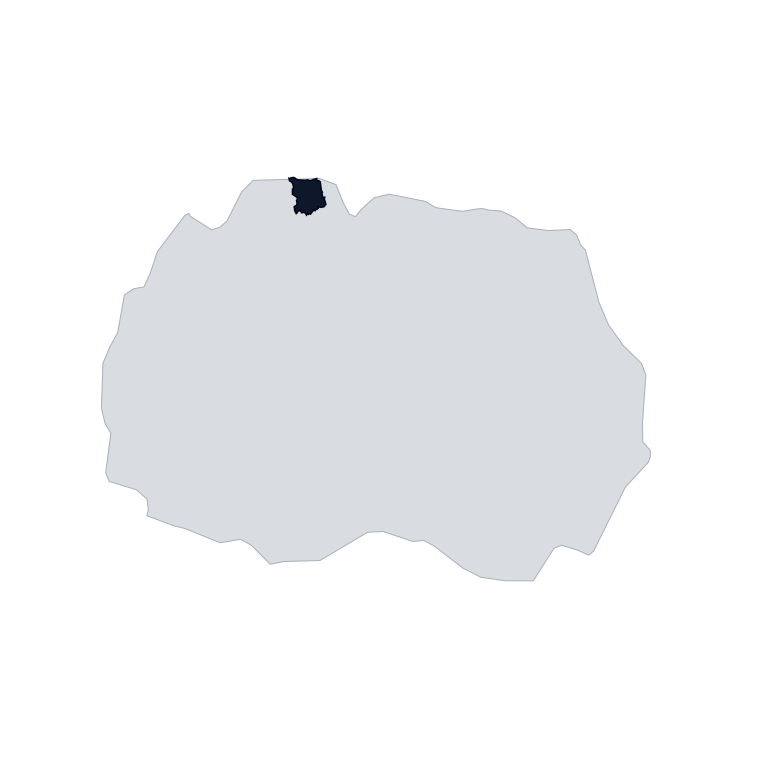 Teartse, Tearce, North Macedonia (highlighted), rotated 24°
{"feature_id": "65306769B20870628535314", "entity_name": "Teartse", "entity_type": "district", "adm_level": 2, "iso_a3": "MKD", "parent_name": "North Macedonia", "parent_adm1": "Tearce", "projection": "albers", "projection_center": [21.037, 42.097], "detail": "fine", "context": "in_parent", "style": "filled", "palette": "ink", "viewbox_px": 768, "rotation_deg": 24, "n_neighbors": 0, "source": "geoboundaries", "source_scale": "gbopen_adm2", "svg_char_len": 2188}
<svg xmlns="http://www.w3.org/2000/svg" viewBox="0 0 768 768"><g transform="rotate(24 384 384)"><path d="M348.1,200.4L359.9,201.8L385.5,194.3L401.4,184.0L409.5,182.4L420.3,178.4L435.8,178.8L451.6,183.1L471.6,177.0L491.2,167.2L499.1,169.5L507.7,177.4L513.4,179.6L546.8,221.6L565.0,238.6L586.4,251.3L610.8,260.4L619.6,269.4L636.0,314.4L643.8,331.4L654.2,336.3L656.8,341.2L657.4,347.7L646.5,379.9L643.4,451.4L640.6,457.1L628.4,457.1L612.3,458.9L606.2,464.6L600.4,503.1L574.5,514.6L550.9,521.2L530.9,520.1L495.6,511.6L484.1,510.7L474.3,516.1L443.0,519.2L429.3,526.1L397.3,571.3L364.5,587.0L353.4,595.0L328.2,585.2L316.2,584.2L298.8,595.7L260.7,597.0L250.4,599.0L221.0,600.8L219.8,594.6L214.3,585.5L200.6,581.3L172.6,584.8L165.8,578.2L154.5,540.0L145.5,533.8L135.6,520.9L118.8,479.4L118.5,461.2L119.8,445.4L110.6,408.2L116.5,398.8L125.2,393.0L125.4,378.0L123.1,355.2L133.6,310.7L136.4,307.4L139.0,309.6L163.8,313.3L170.2,307.6L174.3,298.8L175.8,266.2L181.7,251.1L241.6,222.5L259.1,221.4L272.6,234.6L283.3,243.0L289.8,242.7L292.0,234.2L299.2,217.9L311.5,208.5L347.7,200.3L348.1,200.4Z" fill="#d9dde1" stroke="#a8b0b8" stroke-width="1"/><path d="M257.5,245.0L257.3,244.4L257.9,243.6L254.4,239.4L253.8,237.4L251.8,238.8L251.4,237.2L249.5,234.6L249.8,233.9L248.0,232.5L243.5,225.2L241.7,224.8L240.0,225.6L239.0,223.6L238.4,224.2L237.7,224.7L236.9,225.4L236.0,226.2L234.7,227.7L234.6,227.9L234.1,228.1L232.7,228.4L232.4,228.5L231.2,228.6L230.3,229.1L229.5,229.7L228.8,230.0L227.8,230.4L225.7,231.2L224.7,231.6L222.4,232.5L221.8,232.5L220.4,232.5L219.2,232.1L218.6,232.0L217.3,232.1L216.2,232.7L214.8,233.9L213.8,234.8L213.5,234.8L215.0,236.8L217.4,237.1L219.1,238.1L221.6,241.4L221.1,243.3L223.2,247.9L228.7,248.9L229.7,250.4L229.4,252.0L231.2,254.3L231.3,256.6L229.8,258.4L230.1,259.2L231.3,260.1L231.0,260.4L231.8,261.9L234.5,264.1L234.8,263.6L235.4,260.5L236.7,259.6L237.0,260.0L237.4,259.6L239.0,261.2L241.0,259.8L242.9,260.0L244.5,261.3L245.2,259.0L246.1,259.7L246.8,258.5L247.8,258.7L248.8,254.5L249.7,253.4L250.6,253.7L251.0,251.8L251.7,251.7L252.5,250.2L251.9,249.5L252.8,248.8L252.4,248.6L254.8,248.2L257.3,246.2L257.5,245.0Z" fill="#0f172a" stroke="#020617" stroke-width="1.5"/></g></svg>